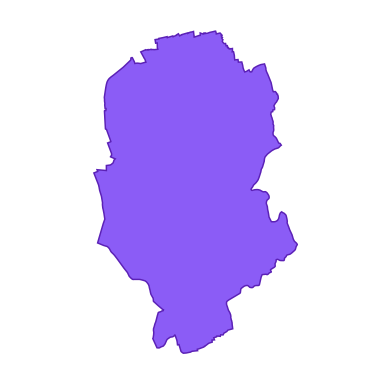 Sawaeng Ha, Ang Thong, Thailand (Albers equal-area conic projection), rotated 84°
{"feature_id": "78962969B63789793815437", "entity_name": "Sawaeng Ha", "entity_type": "district", "adm_level": 2, "iso_a3": "THA", "parent_name": "Thailand", "parent_adm1": "Ang Thong", "projection": "albers", "projection_center": [100.286, 14.749], "detail": "fine", "context": "isolated", "style": "filled", "palette": "violet", "viewbox_px": 384, "rotation_deg": 84, "n_neighbors": 0, "source": "geoboundaries", "source_scale": "gbopen_adm2", "svg_char_len": 5937}
<svg xmlns="http://www.w3.org/2000/svg" viewBox="0 0 384 384"><g transform="rotate(84 192 192)"><path d="M34.5,151.7L34.5,152.7L34.8,154.7L35.1,157.6L35.7,159.8L35.7,160.5L35.8,162.9L35.2,162.6L35.2,163.9L35.4,164.1L36.0,164.2L36.0,164.3L35.7,165.3L34.7,167.2L37.1,167.5L37.1,168.6L37.2,169.2L38.1,173.1L37.7,173.2L37.9,173.7L32.5,173.7L32.8,175.3L32.9,177.2L33.8,179.5L33.3,179.5L34.4,185.8L34.6,185.7L35.4,188.0L33.2,189.0L34.2,191.1L34.5,191.0L35.6,194.6L34.8,194.8L35.6,199.1L35.9,200.4L34.9,200.5L35.5,205.3L35.8,208.9L36.4,208.9L36.6,212.8L40.2,212.6L40.2,211.0L45.1,211.4L45.5,211.2L46.5,211.1L46.5,214.5L46.2,216.2L46.1,217.7L45.8,217.8L46.2,220.8L45.8,220.8L46.0,223.6L45.8,223.6L47.3,228.3L54.1,225.5L55.2,224.9L58.1,224.3L58.2,225.7L58.9,229.5L58.2,232.4L58.1,233.6L58.2,235.4L56.5,235.7L54.3,236.5L52.2,237.3L52.0,237.6L52.4,238.8L53.5,238.9L54.0,239.0L54.4,239.3L54.8,239.7L60.7,247.3L67.7,258.1L69.1,260.5L70.5,262.5L71.8,263.7L72.6,264.3L73.8,265.0L75.8,265.8L79.4,266.9L88.7,269.3L90.7,269.3L92.4,269.5L94.9,269.4L96.3,269.7L100.0,269.7L100.0,268.8L100.8,268.8L102.1,269.3L102.0,270.4L102.2,270.6L120.2,271.5L120.4,271.4L120.7,270.6L120.9,270.5L133.3,267.4L133.5,267.5L134.4,270.8L145.3,268.0L147.0,268.1L148.4,269.4L148.5,269.4L151.0,264.9L152.1,266.2L154.6,267.3L154.9,267.6L156.2,269.5L156.6,270.5L156.7,274.4L161.7,274.9L159.9,284.1L161.7,283.6L162.8,287.6L175.2,284.2L177.6,283.9L180.6,283.7L186.9,282.5L193.3,282.1L195.2,282.4L198.5,282.4L200.6,282.1L204.1,281.8L208.9,281.6L209.8,281.5L214.0,283.5L232.8,291.2L235.9,285.5L237.4,281.9L238.7,280.8L239.7,280.1L242.4,279.0L243.5,278.4L245.0,277.1L246.7,275.8L250.1,273.7L260.5,267.7L265.4,264.6L269.4,263.2L271.3,261.7L272.6,260.4L272.8,259.6L273.4,253.5L273.8,252.1L274.6,250.0L275.5,247.9L276.6,246.7L277.5,246.1L278.6,245.4L279.8,244.9L280.7,244.6L283.6,244.3L285.4,244.0L287.7,243.8L289.6,243.5L293.5,241.8L294.5,241.7L296.4,241.8L296.8,241.7L301.6,237.4L305.9,233.3L306.1,232.7L306.8,232.9L307.1,233.3L307.2,234.6L307.4,235.0L307.7,235.4L308.1,237.5L308.2,237.8L308.5,238.2L311.4,239.4L317.3,241.6L319.4,242.7L321.8,243.6L323.8,244.5L325.5,244.8L327.7,244.7L330.0,245.1L332.7,245.8L333.7,246.3L343.3,243.1L343.6,241.3L343.5,240.4L343.0,239.5L342.7,238.5L342.2,236.6L340.4,234.8L336.6,232.6L335.8,231.9L334.1,228.8L334.0,226.5L333.7,225.6L333.3,224.9L332.5,224.2L332.6,223.8L337.6,222.6L339.8,222.4L342.5,222.4L342.6,222.1L342.4,221.2L342.4,220.9L349.3,219.6L349.9,219.2L351.2,217.8L351.4,217.5L351.5,214.6L351.1,210.3L350.4,208.5L350.4,203.0L349.0,203.2L348.6,201.1L347.5,196.8L346.9,195.5L346.7,195.6L346.0,194.1L344.2,191.2L343.4,187.6L341.4,187.6L341.4,185.1L339.2,185.6L338.6,182.7L338.0,182.6L338.0,181.3L338.5,178.9L337.0,178.4L337.3,176.8L337.3,175.9L335.8,175.1L334.4,172.0L333.1,170.7L332.3,165.8L327.6,165.9L326.3,165.8L323.8,166.1L323.3,166.3L322.2,166.4L320.6,166.6L320.2,166.4L318.3,166.4L316.0,167.0L313.4,168.1L312.1,168.4L310.0,168.8L307.9,169.3L307.2,169.4L305.5,169.2L304.9,169.0L304.5,168.7L304.1,168.2L303.2,166.7L297.8,155.0L297.4,154.6L297.1,154.4L293.6,153.6L293.0,153.1L291.2,150.1L290.8,148.8L290.7,148.2L290.7,147.0L290.8,146.6L291.2,145.9L292.8,144.5L293.2,143.4L293.4,142.3L293.2,141.4L292.1,140.0L291.8,139.4L291.7,137.7L291.9,136.2L291.9,135.7L291.6,134.9L291.4,134.7L284.0,132.2L281.7,131.0L281.5,130.7L281.5,127.6L281.6,126.7L282.0,126.1L282.0,125.7L281.6,124.8L280.5,123.5L280.0,121.7L279.5,121.5L277.9,122.1L277.5,122.0L277.2,121.6L275.4,117.9L274.7,117.1L274.2,117.0L272.0,116.9L270.0,115.7L268.1,115.3L268.0,115.0L267.9,113.9L268.3,113.1L269.1,112.0L269.4,111.2L269.7,108.9L269.8,108.1L269.7,107.7L269.2,107.3L267.5,106.9L266.1,105.2L265.2,104.7L264.7,104.2L264.5,103.7L264.2,101.5L264.0,100.8L263.0,99.1L260.7,95.9L259.9,95.2L257.1,94.1L256.1,93.3L255.3,92.8L255.0,92.8L253.7,93.5L251.7,95.3L249.4,96.2L245.0,97.0L239.8,98.8L236.8,99.5L233.6,100.4L232.6,100.6L231.0,100.3L228.8,100.4L225.6,100.8L224.9,101.0L224.3,101.3L222.7,102.7L221.8,104.3L221.1,104.8L221.6,105.8L222.3,106.5L224.0,107.4L225.3,107.8L226.0,108.0L227.7,108.7L228.9,109.7L229.4,110.3L229.8,111.2L230.2,112.4L230.1,114.6L229.8,116.2L225.0,118.0L221.0,118.2L217.1,118.6L214.3,118.6L211.3,119.3L210.0,119.1L208.8,118.7L207.9,118.1L206.6,116.3L206.1,116.0L205.3,115.8L204.6,115.8L203.7,115.9L203.1,116.1L200.7,117.4L199.8,118.3L199.4,118.9L199.3,119.3L199.3,121.0L198.7,122.2L197.3,124.1L196.6,125.9L196.4,127.0L196.3,129.2L196.7,132.0L196.5,132.6L195.7,133.0L194.8,132.6L193.3,131.2L191.5,130.0L189.5,127.4L187.7,125.7L186.5,124.8L184.3,123.7L179.3,121.5L176.6,120.7L175.4,119.8L174.6,119.3L169.1,117.0L166.8,116.5L165.6,116.1L164.6,115.5L162.2,113.0L159.4,108.6L159.0,107.8L157.9,105.2L157.2,101.7L156.6,100.7L155.3,99.2L154.8,98.3L152.9,99.3L152.6,100.2L152.3,100.7L147.3,102.5L145.8,103.6L144.5,104.9L143.7,105.3L142.4,105.3L141.4,105.2L140.8,105.0L140.1,104.6L138.9,104.2L136.1,104.1L134.4,103.8L132.8,104.3L131.7,104.1L130.2,104.0L128.8,104.4L126.6,104.7L125.0,105.2L123.8,105.3L123.2,105.6L120.8,104.9L120.5,103.3L118.9,103.0L118.7,101.3L116.9,101.0L115.6,101.4L114.7,101.5L112.4,99.8L111.2,98.5L108.1,96.4L105.4,96.3L105.2,96.5L104.4,96.7L103.6,96.7L103.5,96.9L103.4,97.5L102.1,97.7L100.8,98.7L100.8,100.6L100.6,100.8L99.7,100.9L99.2,101.1L91.5,101.9L83.4,104.2L80.1,105.3L78.1,105.7L76.7,105.6L75.8,105.7L72.2,106.5L72.5,110.3L73.1,112.5L73.9,114.7L74.9,116.9L75.3,117.6L76.4,118.6L78.7,120.1L78.7,121.5L77.5,122.2L76.5,122.5L77.1,124.0L77.7,125.1L78.1,127.0L76.6,127.6L73.9,128.2L71.0,128.4L67.9,128.9L67.7,132.3L65.1,132.4L65.1,135.7L62.6,135.7L60.8,135.6L56.9,136.0L56.7,136.2L56.7,137.3L55.8,137.0L53.5,136.8L53.7,139.3L53.4,139.3L53.3,140.4L52.4,140.6L52.3,141.5L51.9,141.6L51.8,141.2L50.1,141.6L50.2,142.8L47.8,143.1L47.8,144.5L46.5,145.6L45.3,146.1L43.8,145.4L43.7,145.7L42.9,145.9L41.9,146.4L41.5,145.6L39.8,146.6L39.3,145.7L38.9,145.9L36.8,147.5L37.3,151.3L36.6,151.3L34.5,151.7Z" fill="#8b5cf6" stroke="#5b21b6" stroke-width="1.5"/></g></svg>